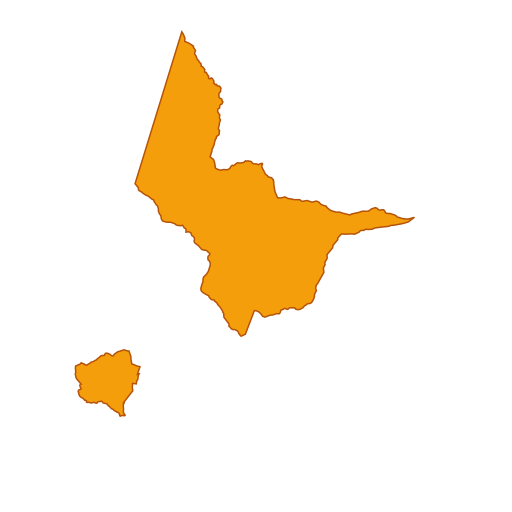 Heredia, Heredia, Costa Rica, rotated 17°
{"feature_id": "36466004B27145305633617", "entity_name": "Heredia", "entity_type": "district", "adm_level": 2, "iso_a3": "CRI", "parent_name": "Costa Rica", "parent_adm1": "Heredia", "projection": "orthographic", "projection_center": [-84.079, 10.129], "detail": "fine", "context": "isolated", "style": "filled", "palette": "amber", "viewbox_px": 512, "rotation_deg": 17, "n_neighbors": 0, "source": "geoboundaries", "source_scale": "gbopen_adm2", "svg_char_len": 6133}
<svg xmlns="http://www.w3.org/2000/svg" viewBox="0 0 512 512"><g transform="rotate(17 256 256)"><path d="M378.8,186.3L386.1,182.5L391.5,179.1L396.2,172.7L391.0,176.0L388.3,176.9L387.0,176.9L386.1,177.3L384.5,177.4L381.7,177.3L380.4,177.5L379.5,177.3L378.0,176.5L376.1,176.2L371.7,176.2L369.9,176.7L367.4,177.0L366.2,175.5L364.5,174.4L363.7,174.8L362.7,174.9L361.9,175.7L360.8,175.9L359.5,175.9L357.9,175.0L355.9,174.9L352.7,177.2L350.4,180.2L348.6,180.9L344.6,182.1L342.8,183.3L342.1,184.0L335.0,187.9L334.4,188.9L333.6,189.3L326.4,189.7L322.7,189.6L320.8,190.4L319.0,190.7L314.0,190.6L310.8,189.4L309.2,188.5L308.5,187.8L305.3,187.9L303.3,187.7L300.1,186.0L298.1,185.8L296.7,186.3L294.8,187.7L293.3,188.1L288.6,188.0L284.5,190.1L283.4,190.2L281.6,189.4L281.1,189.4L275.9,191.0L273.1,191.1L269.5,191.7L267.9,191.2L266.1,191.1L264.8,192.2L263.7,192.5L263.0,193.1L261.6,193.6L260.0,193.8L259.6,194.0L255.4,189.0L252.1,182.4L251.4,180.1L250.6,179.0L250.2,177.9L248.0,176.7L244.3,176.7L243.6,175.9L241.1,175.0L236.2,169.9L235.3,168.6L235.0,167.0L235.4,166.7L235.2,165.9L234.8,165.6L233.0,166.5L231.8,167.9L229.2,167.8L227.5,168.4L226.1,168.5L224.8,167.9L224.2,167.2L222.7,167.1L221.6,167.4L220.6,167.3L219.5,168.0L218.2,168.0L216.8,170.2L213.7,171.7L210.8,172.4L208.1,176.2L206.9,176.2L206.5,176.6L205.9,177.6L205.2,180.1L203.7,181.7L202.0,182.3L199.8,182.7L197.2,184.3L193.7,184.3L191.8,183.9L191.3,183.3L189.0,178.6L187.1,176.1L183.1,174.6L183.2,168.9L182.7,166.8L183.1,165.6L183.2,163.3L183.4,162.5L183.1,158.5L183.1,156.3L183.5,155.3L183.3,153.0L184.0,152.5L184.9,151.2L185.2,150.0L184.6,148.2L184.5,146.7L183.4,146.1L182.6,144.8L182.6,141.7L182.1,139.3L182.2,136.3L180.9,135.1L180.4,133.6L180.1,131.6L179.5,131.3L177.5,129.5L177.0,128.8L176.7,127.6L176.7,126.4L177.9,125.2L177.5,123.4L177.5,122.0L177.8,121.6L178.9,120.7L179.3,118.3L178.0,117.2L177.5,116.1L176.8,115.8L175.0,115.6L174.1,114.6L173.1,111.7L173.1,111.1L173.9,109.5L174.0,108.7L173.6,107.5L173.5,106.0L173.3,105.6L171.5,104.2L170.7,104.5L169.1,104.5L168.2,103.5L167.7,103.5L166.8,104.2L165.9,103.2L164.9,103.0L164.8,101.6L164.6,101.1L163.5,100.0L162.0,98.9L161.0,98.8L160.3,100.0L158.7,100.0L158.1,97.8L157.4,97.6L154.7,95.0L153.7,95.2L152.9,95.0L152.6,92.8L150.0,90.8L148.1,90.5L147.8,89.5L147.0,88.0L145.2,87.3L143.9,85.8L142.4,85.3L140.0,82.0L138.4,81.0L138.0,79.7L138.1,77.2L134.9,74.5L134.9,73.6L129.3,72.0L125.1,71.6L124.3,68.4L121.6,65.1L119.5,63.3L119.2,222.3L120.5,223.0L121.4,223.8L123.3,224.8L124.2,227.0L125.0,227.6L128.4,228.4L129.4,229.0L133.2,230.1L134.4,230.1L135.8,230.4L139.9,232.1L141.8,232.3L142.3,233.2L143.2,234.2L144.6,235.2L145.5,236.1L147.3,237.0L148.8,239.3L149.5,241.5L151.4,244.0L153.2,245.2L154.4,247.8L155.4,249.0L156.7,249.9L160.5,249.8L164.6,248.7L167.9,248.8L169.7,249.1L170.4,249.6L172.5,249.6L175.3,249.0L176.6,248.1L177.7,248.7L179.1,250.1L180.7,250.4L181.1,250.9L181.7,252.3L182.1,253.7L184.4,252.5L187.0,252.9L187.9,254.3L188.8,255.3L190.4,255.7L191.7,256.6L192.3,257.9L192.4,259.8L193.1,260.9L194.4,261.7L198.0,263.0L202.2,265.6L205.0,265.6L206.1,265.2L206.7,265.2L207.7,265.5L209.3,266.4L210.8,267.0L211.2,267.3L211.2,268.6L210.3,270.3L210.5,272.1L211.5,273.9L212.4,274.2L213.7,275.2L214.5,276.7L214.9,278.3L214.9,284.6L214.1,287.5L212.1,291.4L212.0,292.4L212.3,294.7L212.9,296.2L212.6,297.5L212.6,300.9L212.7,302.8L213.2,304.5L214.2,305.6L216.4,306.6L220.1,307.5L222.3,307.7L223.2,309.0L225.9,310.7L229.1,310.4L229.4,311.0L229.9,311.4L232.2,312.2L233.7,313.7L236.8,315.5L239.9,318.2L240.7,319.4L241.8,320.3L243.3,324.0L250.0,328.9L250.7,331.2L252.1,331.7L253.5,332.8L255.0,333.1L255.6,333.1L256.7,332.6L258.1,332.6L258.8,332.9L259.8,332.9L261.4,334.0L262.4,335.4L263.2,335.6L263.8,336.4L264.9,337.0L265.4,336.9L268.7,333.9L270.4,308.7L272.5,308.3L275.2,308.7L277.6,309.9L279.7,311.6L280.5,311.8L282.2,311.8L283.1,311.5L283.6,310.9L286.9,308.4L289.6,307.3L292.4,305.1L294.8,304.6L295.4,304.0L295.6,303.2L295.8,300.2L297.4,299.3L298.4,297.9L299.1,297.7L301.6,297.9L302.2,297.4L303.0,296.1L304.0,295.4L307.3,294.6L307.8,294.3L308.3,294.4L308.8,294.9L309.7,295.3L311.6,295.1L313.0,294.6L314.7,293.2L316.1,291.6L317.0,289.4L318.1,288.3L318.6,287.4L319.8,286.3L321.4,285.7L322.2,285.0L323.0,283.6L323.7,280.9L323.7,277.4L323.3,276.4L323.3,274.5L323.9,271.4L322.9,270.2L322.4,269.1L322.2,266.1L322.9,264.7L325.7,251.8L323.9,247.7L324.6,244.3L323.9,242.5L323.8,241.3L324.5,238.9L324.7,237.3L323.5,233.9L326.9,225.7L326.5,223.4L329.4,216.4L328.9,214.7L331.3,209.9L334.0,209.3L341.1,206.9L344.0,206.3L347.6,203.0L348.5,201.1L351.7,199.9L353.0,198.4L356.0,197.7L359.3,196.4L361.5,194.4L369.7,190.7L372.1,189.8L374.6,188.6L376.2,187.2L378.8,186.3ZM172.8,435.3L172.6,435.4L172.1,435.3L177.6,420.8L176.2,418.1L175.2,413.9L178.9,413.3L178.4,410.5L179.0,408.9L178.4,404.4L178.7,402.7L178.3,402.8L177.2,403.7L177.4,395.8L174.0,396.0L170.5,395.5L168.8,395.6L166.5,391.1L165.8,388.8L162.3,384.0L160.0,384.4L157.3,384.3L156.5,384.7L155.7,385.5L154.9,385.8L153.9,386.8L152.4,387.5L151.1,388.8L149.2,391.4L148.6,393.3L147.3,393.6L145.5,392.9L143.8,392.5L141.9,392.5L140.7,392.9L140.3,393.3L140.2,394.6L139.8,395.5L137.8,396.2L136.7,397.0L135.9,398.6L134.5,400.4L133.5,402.3L132.8,402.7L131.3,404.5L129.1,405.9L128.3,407.5L127.2,408.4L126.3,409.6L124.7,410.2L123.3,409.5L121.5,409.5L120.8,409.2L120.1,409.2L119.8,409.6L119.2,411.2L118.0,411.8L116.6,413.3L115.8,413.7L115.9,415.5L117.6,419.9L117.7,421.9L118.8,423.6L119.1,424.5L120.4,425.9L126.0,429.5L125.6,429.6L125.4,430.0L125.4,431.4L126.4,432.9L127.3,433.5L127.5,434.7L126.4,435.3L125.6,436.1L125.5,437.4L125.7,438.0L126.3,438.4L127.0,439.9L128.2,441.4L129.6,442.1L132.4,442.8L134.5,444.1L135.1,443.8L136.0,443.9L136.3,444.2L136.7,445.4L137.5,445.4L138.2,444.9L141.7,444.7L143.7,443.3L145.5,443.5L146.9,443.3L147.1,442.1L147.6,441.5L149.4,440.8L150.3,440.1L151.0,440.0L152.8,441.2L156.7,441.0L158.5,442.4L159.9,442.8L162.2,444.2L164.1,444.4L165.6,445.3L167.8,445.6L168.3,446.0L169.1,445.8L171.1,446.4L172.5,448.7L173.4,448.7L173.5,448.3L174.1,447.8L177.1,447.1L177.4,446.4L176.5,446.0L174.7,443.9L174.0,440.8L172.6,437.4L172.8,435.3Z" fill="#f59e0b" stroke="#b45309" stroke-width="1.5"/></g></svg>